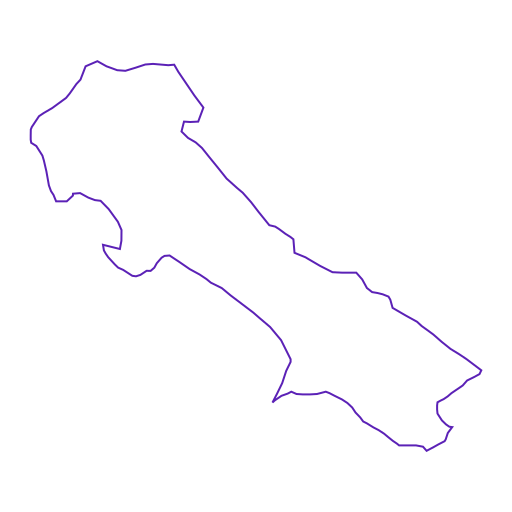 Rania, As-Sulaymaniyah, Iraq (Albers equal-area conic projection)
{"feature_id": "34846034B64750454445952", "entity_name": "Rania", "entity_type": "district", "adm_level": 2, "iso_a3": "IRQ", "parent_name": "Iraq", "parent_adm1": "As-Sulaymaniyah", "projection": "albers", "projection_center": [44.943, 36.167], "detail": "fine", "context": "isolated", "style": "outline", "palette": "violet", "viewbox_px": 512, "rotation_deg": 0, "n_neighbors": 0, "source": "geoboundaries", "source_scale": "gbopen_adm2", "svg_char_len": 2226}
<svg xmlns="http://www.w3.org/2000/svg" viewBox="0 0 512 512"><path d="M426.6,450.8L433.6,447.1L438.4,444.4L444.6,441.2L445.7,439.4L447.8,433.0L452.2,427.1L449.3,426.7L446.0,424.4L441.9,420.4L437.5,413.6L437.1,409.5L437.1,405.5L437.5,402.3L440.8,400.5L443.7,399.1L447.7,396.4L451.4,393.2L462.7,385.5L467.1,380.5L473.6,377.3L479.5,374.1L481.3,370.3L466.6,359.2L459.3,354.3L450.5,348.9L442.0,342.1L433.2,334.4L421.5,325.9L417.1,321.8L405.7,315.5L392.6,307.9L390.3,299.7L388.5,296.6L382.7,294.3L377.5,293.0L372.1,292.1L366.9,288.0L362.2,279.4L356.3,272.7L342.8,272.7L332.5,272.2L320.1,265.9L307.8,258.7L305.5,257.3L294.5,252.8L293.4,239.3L290.5,237.0L285.4,233.8L282.6,231.7L278.8,228.9L275.2,226.6L269.3,225.2L258.4,211.7L251.1,202.2L242.7,192.7L237.2,188.1L226.6,178.6L218.3,168.2L209.1,156.9L201.9,147.9L195.7,142.4L188.0,137.9L181.5,131.5L184.0,121.6L190.2,122.0L198.2,121.6L203.4,107.6L194.3,95.4L178.3,71.8L174.2,64.7L168.3,65.2L153.0,63.9L145.3,64.5L135.6,67.7L125.4,70.8L117.2,70.2L111.5,68.1L106.5,66.3L97.4,61.2L85.6,66.3L82.0,75.7L81.9,75.9L80.5,79.6L76.4,84.0L69.7,93.5L66.1,97.9L52.3,108.0L43.6,113.1L39.0,116.2L31.8,127.0L30.8,129.5L30.7,135.2L30.7,139.7L31.2,142.8L36.3,146.0L42.4,155.6L43.9,160.6L46.4,171.4L48.9,185.4L51.0,191.1L53.5,194.9L56.1,201.3L66.8,201.3L72.9,195.6L73.0,193.7L80.1,193.1L88.3,197.6L94.9,200.1L100.6,200.8L108.7,209.1L117.9,221.8L121.5,230.0L121.4,240.8L119.9,249.0L103.0,244.8L103.9,250.4L105.7,253.6L108.2,257.2L114.8,264.4L118.1,267.6L123.2,269.9L132.3,275.8L136.0,276.3L140.4,274.9L146.6,270.8L150.6,270.9L154.3,267.7L156.8,263.2L161.6,257.7L164.5,255.9L169.6,255.5L174.4,258.7L179.1,261.8L189.7,269.1L199.6,274.5L206.5,279.1L210.9,282.7L221.8,288.1L230.6,295.4L253.3,312.6L259.5,318.0L270.1,327.0L281.1,340.2L290.6,359.2L290.6,361.9L286.2,370.9L282.2,383.1L277.1,393.6L272.5,402.5L274.9,400.3L281.5,395.8L287.7,393.6L291.3,391.7L296.5,394.0L302.7,394.4L310.0,394.4L317.0,394.0L325.8,391.7L329.4,393.1L334.6,395.8L341.9,399.4L347.4,403.0L352.2,407.5L355.5,412.5L360.2,417.4L363.2,421.5L366.8,423.3L373.4,427.4L378.6,430.1L384.1,433.7L387.8,436.8L392.9,440.9L396.9,443.6L399.1,445.4L407.2,445.4L416.0,445.4L423.0,446.7L426.6,450.8Z" fill="none" stroke="#5b21b6" stroke-width="2"/></svg>